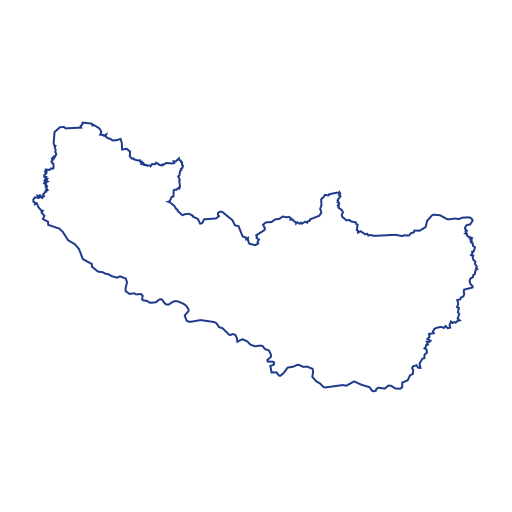 Pichincha, Manabi, Ecuador, rotated 88°
{"feature_id": "8360857B60959111227770", "entity_name": "Pichincha", "entity_type": "district", "adm_level": 2, "iso_a3": "ECU", "parent_name": "Ecuador", "parent_adm1": "Manabi", "projection": "robinson", "projection_center": [-79.88, -0.896], "detail": "fine", "context": "isolated", "style": "outline", "palette": "blue", "viewbox_px": 512, "rotation_deg": 88, "n_neighbors": 0, "source": "geoboundaries", "source_scale": "gbopen_adm2", "svg_char_len": 6047}
<svg xmlns="http://www.w3.org/2000/svg" viewBox="0 0 512 512"><g transform="rotate(88 256 256)"><path d="M268.6,406.7L268.9,404.5L271.1,400.9L272.8,395.7L271.6,392.5L274.0,387.0L277.7,385.8L283.9,387.5L286.6,387.5L289.5,383.7L289.0,379.1L290.2,377.1L290.0,372.2L291.9,370.6L295.2,371.4L296.3,370.6L297.0,366.8L299.0,363.6L299.1,361.9L298.7,357.5L296.3,354.6L295.8,352.6L296.4,351.3L300.2,348.9L301.5,346.8L301.4,344.7L298.8,340.7L298.3,338.2L298.6,335.7L301.3,330.0L303.4,327.4L307.0,325.3L308.8,325.4L312.9,329.3L318.0,327.7L319.0,326.4L319.5,323.7L318.1,313.5L320.6,299.9L322.1,297.7L325.8,295.4L327.0,292.0L333.7,285.6L334.1,284.4L333.2,282.1L334.0,279.5L337.4,278.0L341.0,277.6L338.7,272.4L341.0,267.8L344.4,264.6L346.2,260.2L345.7,254.8L346.2,252.6L349.4,250.2L350.8,246.4L355.5,244.3L357.4,244.7L360.3,248.3L361.9,248.0L362.2,243.0L363.0,241.6L365.3,242.1L366.4,245.5L373.0,244.5L373.0,239.7L376.3,237.2L376.6,236.0L374.1,232.6L368.6,228.2L368.0,223.0L366.2,218.3L366.4,216.7L368.5,212.5L368.3,209.0L370.7,203.4L373.2,202.9L378.8,203.9L383.4,200.1L385.5,196.6L389.4,193.0L389.8,191.5L388.0,173.5L388.8,170.3L384.8,162.4L388.6,154.5L391.0,147.2L394.7,144.7L395.3,143.5L394.9,141.0L393.1,140.3L391.9,138.3L393.0,131.9L390.1,128.1L390.5,125.4L393.3,121.3L393.7,116.4L392.2,114.5L387.6,114.2L385.5,108.7L380.7,106.3L379.3,103.4L375.6,102.9L373.5,103.9L371.8,103.0L370.8,99.4L373.3,97.9L373.6,95.6L369.3,96.3L364.5,93.4L364.0,91.3L360.5,91.0L358.7,88.6L355.5,88.8L354.1,90.8L353.2,89.7L350.8,89.0L350.5,87.2L347.7,88.3L347.9,85.8L346.8,84.5L344.9,87.6L342.7,85.4L339.9,85.8L339.4,81.0L337.6,81.8L335.1,80.3L334.0,77.8L333.3,73.8L334.4,70.6L332.6,69.0L334.9,66.8L334.4,64.5L331.8,65.0L328.3,63.4L329.8,62.0L328.9,60.2L329.7,58.9L327.9,56.8L327.5,54.6L325.6,56.7L321.1,54.9L319.2,56.2L315.0,55.0L314.2,56.9L310.9,55.5L307.0,56.4L306.5,53.4L304.6,52.6L303.7,50.2L300.9,49.1L299.5,49.7L296.9,49.2L295.0,40.6L293.6,40.7L291.2,42.8L287.9,43.4L285.7,42.1L284.8,40.0L282.6,39.5L281.8,38.0L277.7,37.0L276.8,35.4L276.0,36.5L274.3,35.7L271.4,37.5L269.3,36.9L267.4,38.9L264.6,39.5L263.3,38.9L262.6,41.0L260.5,39.4L259.3,39.9L258.6,38.0L254.9,36.9L253.5,38.8L251.0,38.9L250.0,40.5L248.9,39.8L248.3,40.9L246.9,40.0L246.3,41.3L245.5,39.8L243.5,44.0L241.7,44.6L240.9,45.9L240.6,45.0L240.1,45.5L238.3,44.5L238.1,45.6L237.2,45.2L235.8,46.3L233.8,45.5L232.3,44.0L232.0,40.9L228.1,38.2L226.0,39.4L224.8,41.5L224.9,48.8L226.2,51.7L225.5,55.9L226.1,62.0L225.8,63.8L221.7,70.7L220.9,77.3L221.6,78.8L226.8,83.7L233.1,85.6L236.4,91.5L236.1,96.8L237.9,97.5L238.6,100.3L240.9,102.5L240.5,107.2L241.2,109.2L239.7,115.8L240.0,137.5L239.0,140.5L239.4,143.1L237.7,144.0L238.1,146.1L234.9,150.6L236.1,153.2L234.4,153.1L233.6,154.3L228.2,153.4L227.6,154.6L225.9,155.1L224.7,159.9L223.3,161.4L223.5,164.4L219.9,168.4L218.2,168.9L215.2,167.6L212.9,168.8L210.8,171.7L209.9,172.1L209.2,171.4L208.1,172.4L206.9,171.0L205.7,171.3L205.0,172.6L203.9,171.9L203.0,172.5L199.2,169.5L198.0,171.0L196.7,169.6L195.1,170.4L195.8,170.9L195.5,172.8L196.9,180.9L198.0,181.3L197.4,185.0L199.9,186.7L200.4,187.8L201.8,188.9L207.4,188.8L211.1,190.2L215.0,189.1L218.0,191.4L221.3,200.7L222.8,201.1L223.2,203.0L224.5,203.7L223.4,205.5L225.3,209.2L224.3,209.8L225.2,211.3L223.7,213.5L224.9,214.8L223.9,214.9L221.8,217.7L220.8,218.0L220.8,220.3L219.6,219.8L218.0,221.8L218.4,223.9L217.5,227.9L219.7,231.5L220.1,235.5L222.6,239.3L222.7,244.7L224.9,247.9L229.0,246.0L230.6,247.0L235.3,255.1L236.4,254.4L238.1,254.8L239.7,252.4L242.1,254.0L243.7,253.4L245.1,256.5L243.5,262.2L239.7,263.6L237.8,263.4L239.0,265.2L237.1,265.4L236.6,267.7L235.6,268.8L225.6,272.4L224.6,276.0L219.4,278.3L211.0,287.9L210.4,290.1L211.4,292.3L213.5,292.6L214.9,291.6L217.1,294.7L217.5,306.5L221.3,308.6L221.7,310.7L216.9,312.8L214.4,317.8L213.6,317.7L212.4,319.7L211.5,321.5L211.7,325.4L212.7,327.8L211.9,329.0L208.1,332.8L206.9,332.8L206.2,334.2L203.3,335.7L199.2,340.3L198.7,341.8L198.3,340.5L194.0,338.1L193.6,336.4L187.7,336.0L186.9,335.2L187.1,333.4L185.2,331.1L185.9,330.3L183.9,329.5L178.5,330.1L177.3,329.5L173.7,331.0L172.9,329.8L168.6,328.9L167.5,327.6L166.4,328.0L165.2,326.4L163.2,325.9L162.6,326.7L159.9,326.6L159.3,327.7L158.1,327.8L157.1,329.7L155.8,329.7L158.7,332.9L158.5,335.1L160.1,334.5L160.6,335.9L160.0,342.9L161.5,345.0L161.2,346.2L162.1,346.5L162.1,347.9L161.3,349.9L159.9,351.0L160.1,352.5L159.5,352.8L160.8,354.0L160.5,356.7L162.5,358.2L161.9,358.5L161.9,361.9L161.1,362.3L161.3,364.6L160.1,364.8L160.2,366.4L159.3,366.0L159.6,367.4L157.8,366.8L157.6,368.5L156.4,368.4L156.3,371.1L155.1,374.8L154.3,374.9L154.4,376.6L152.1,378.6L147.2,378.3L144.4,381.4L144.9,386.1L138.1,386.2L134.3,387.3L135.4,391.4L135.5,395.4L133.6,397.7L133.2,399.9L131.1,402.2L129.3,401.5L130.6,403.7L129.8,404.4L129.3,407.5L126.7,406.3L124.5,407.1L122.7,408.5L119.2,413.9L119.9,414.8L118.0,415.6L116.7,423.7L116.8,424.7L118.0,424.7L120.1,426.8L121.6,426.2L121.8,441.9L120.3,443.5L120.5,447.5L125.1,453.0L136.1,454.3L138.9,453.5L139.0,452.7L140.3,453.3L143.2,452.5L145.1,453.0L147.1,452.0L149.8,453.4L149.3,454.5L150.6,455.5L151.6,454.6L152.3,455.4L151.9,456.4L153.4,456.1L154.4,457.2L155.8,456.7L156.5,455.3L160.8,455.2L161.6,455.8L161.4,458.0L162.8,459.3L162.3,462.9L163.5,462.5L164.0,463.9L165.4,463.3L164.7,462.4L166.2,462.7L167.7,464.7L169.1,464.6L169.4,465.7L169.7,462.9L170.8,463.4L171.2,462.3L171.6,463.1L172.4,462.5L172.9,463.7L172.2,464.1L173.1,464.6L174.3,461.7L175.0,463.2L174.4,464.5L175.9,465.2L176.7,462.6L176.9,463.7L178.1,463.0L178.0,463.8L179.6,463.7L179.5,462.7L180.5,463.2L182.8,462.0L183.0,463.8L184.3,463.3L184.7,464.5L187.4,466.7L188.9,465.8L189.5,467.6L190.4,467.6L189.3,470.2L188.4,469.2L187.7,469.8L188.2,471.1L189.0,471.0L188.3,472.1L190.3,471.6L189.6,474.8L191.6,476.5L193.9,476.6L195.0,475.0L196.5,475.1L195.6,473.3L199.4,471.8L203.3,468.9L203.4,467.6L205.1,468.8L208.4,466.1L211.6,467.7L214.6,462.6L217.6,462.6L221.8,451.5L225.1,448.3L233.7,443.2L237.9,436.6L243.0,432.6L253.0,429.2L258.4,420.2L260.9,420.4L266.0,414.6L266.9,409.7L268.6,406.7Z" fill="none" stroke="#1e3a8a" stroke-width="2"/></g></svg>